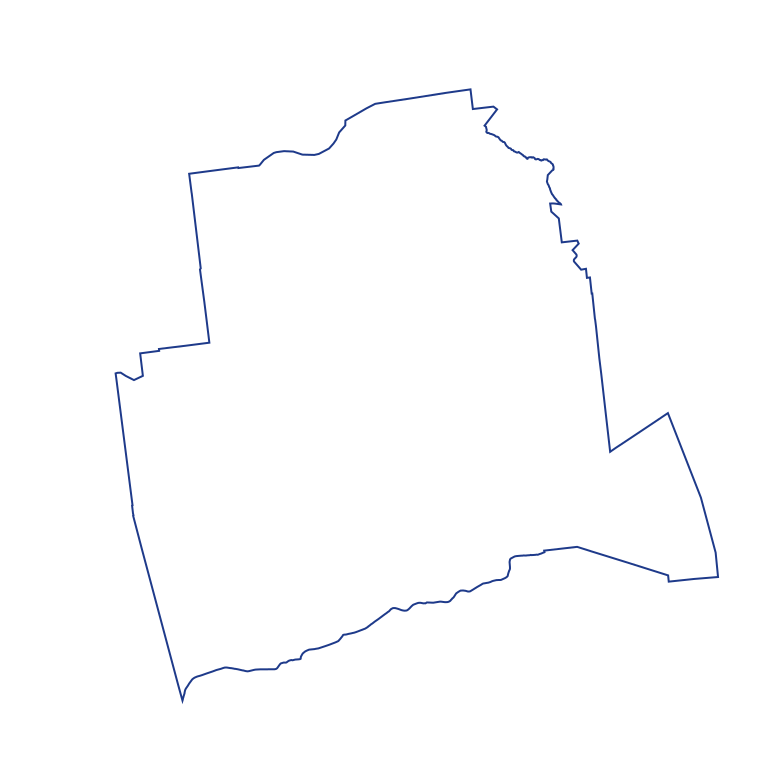 outline of Maroondah, Victoria, Australia, rotated 345°
{"feature_id": "25037944B31367314847764", "entity_name": "Maroondah", "entity_type": "district", "adm_level": 2, "iso_a3": "AUS", "parent_name": "Australia", "parent_adm1": "Victoria", "projection": "albers", "projection_center": [145.272, -37.803], "detail": "fine", "context": "isolated", "style": "outline", "palette": "blue", "viewbox_px": 768, "rotation_deg": 345, "n_neighbors": 0, "source": "geoboundaries", "source_scale": "gbopen_adm2", "svg_char_len": 6094}
<svg xmlns="http://www.w3.org/2000/svg" viewBox="0 0 768 768"><g transform="rotate(345 384 384)"><path d="M656.7,656.9L660.7,632.7L660.7,575.8L650.7,485.6L618.4,496.6L591.3,505.7L584.9,508.0L589.8,475.0L596.5,430.2L598.6,415.2L603.7,383.1L604.6,376.5L604.6,375.6L608.6,350.5L608.0,350.4L610.5,334.4L607.5,334.0L608.9,325.0L604.0,324.6L599.5,315.4L599.3,315.0L599.2,314.5L599.3,314.0L599.4,313.6L599.7,313.0L600.3,312.5L602.3,311.3L602.7,311.0L603.0,310.6L603.2,310.2L603.4,309.5L603.4,309.0L603.2,308.4L600.8,303.5L608.4,298.8L607.8,295.5L592.4,293.2L595.7,269.3L590.2,260.8L591.2,252.7L593.9,253.3L595.9,254.0L601.5,256.4L601.5,256.2L600.6,254.8L600.5,254.5L599.9,254.1L599.1,252.5L598.8,252.2L598.7,251.7L598.1,250.8L598.0,250.5L598.1,250.2L597.5,249.3L597.4,248.9L597.1,248.6L597.0,248.0L596.6,247.2L596.5,246.8L596.0,245.2L595.4,244.0L595.4,243.5L595.2,242.9L595.2,242.2L595.0,241.6L595.0,240.7L594.8,239.2L594.9,238.6L594.9,237.8L594.6,236.8L594.4,234.5L594.0,233.6L593.8,231.3L593.8,230.5L594.6,228.9L596.3,224.6L601.8,221.2L602.9,221.0L603.1,220.8L603.3,220.6L603.4,220.2L603.3,219.8L603.6,219.5L603.8,218.9L604.0,217.8L604.0,217.2L603.8,216.7L603.9,216.2L603.9,215.7L603.6,215.0L603.1,214.5L602.7,213.9L602.5,213.5L602.5,213.1L602.2,212.6L601.9,212.2L600.8,211.4L599.9,210.3L599.8,210.0L599.6,209.5L599.4,209.2L598.8,209.2L598.5,209.1L597.9,208.9L597.6,208.7L596.7,208.4L596.0,208.7L595.9,208.5L595.5,208.7L594.8,208.7L594.3,208.9L593.8,208.9L593.6,208.8L593.5,208.4L593.3,208.2L592.7,208.1L592.4,207.9L591.8,207.0L591.3,206.6L590.4,206.3L589.9,206.4L589.1,206.4L588.4,206.1L588.2,205.9L588.1,205.3L588.0,204.9L587.7,204.5L587.4,204.2L587.1,203.9L586.8,203.6L586.3,203.5L585.6,203.7L585.4,203.5L585.2,203.2L584.7,202.9L584.1,202.9L583.5,202.7L582.9,202.6L581.9,202.7L581.4,203.0L581.0,203.6L580.7,203.6L580.3,203.2L580.1,202.9L580.0,202.6L580.1,202.3L579.9,201.9L579.6,201.7L579.3,201.4L578.8,200.5L578.2,200.3L577.7,199.6L577.5,198.9L576.9,198.3L576.2,197.3L575.3,196.3L574.8,195.7L574.2,194.8L573.9,194.8L573.5,195.0L573.0,195.0L572.4,194.9L571.7,194.4L570.4,193.2L569.7,192.8L569.4,191.7L568.2,191.1L567.8,190.7L567.7,190.5L567.6,189.9L567.4,189.5L567.1,189.2L565.8,188.4L565.4,188.2L565.0,187.2L564.0,185.6L563.6,184.5L563.2,182.3L562.9,181.7L562.5,181.3L561.7,181.0L561.4,180.8L560.6,179.4L559.8,178.9L559.7,178.7L559.1,177.3L558.4,175.3L558.1,175.0L557.5,174.5L556.4,174.0L555.9,173.6L555.3,172.6L554.6,171.9L552.5,170.4L551.3,169.8L550.8,169.4L550.3,168.8L549.9,168.5L549.3,168.4L548.9,168.3L548.5,167.9L548.2,167.3L548.1,166.9L548.2,166.6L548.5,166.3L548.9,165.4L549.0,164.8L549.0,163.2L549.1,162.0L548.0,160.5L564.3,148.0L561.5,144.4L541.0,141.4L543.8,121.8L529.8,120.1L519.0,118.8L482.2,114.9L458.3,112.2L448.0,111.1L438.4,113.2L414.9,119.5L413.5,124.3L405.8,129.4L401.2,135.5L397.4,138.7L391.9,142.3L380.6,144.9L376.0,144.7L364.5,141.3L356.5,136.0L347.7,133.2L340.0,132.2L337.3,132.3L326.0,136.4L320.9,140.1L319.8,140.7L299.2,137.7L299.2,137.0L268.5,132.9L250.2,130.5L247.7,149.1L247.6,150.3L236.9,224.9L235.9,225.7L231.7,258.2L229.1,276.9L226.0,298.9L202.3,295.7L175.7,291.9L175.4,293.8L156.4,291.3L153.2,313.7L143.5,315.5L136.8,309.5L132.6,304.9L129.4,304.2L127.5,304.3L126.8,309.8L109.7,436.1L109.2,436.2L108.2,443.2L108.1,443.6L108.0,446.1L107.6,446.3L107.4,479.4L107.3,609.1L107.3,622.1L107.4,637.7L107.9,636.9L108.5,635.6L109.0,634.9L109.6,633.8L110.8,631.9L111.4,630.9L111.4,630.7L112.2,629.1L112.7,628.2L113.7,627.0L116.3,624.8L118.3,622.9L122.3,619.7L123.4,619.2L124.5,618.8L125.2,618.6L127.2,618.3L128.3,618.2L130.6,618.2L132.8,618.1L137.6,617.7L144.1,617.3L148.1,616.9L152.7,616.9L155.3,616.7L157.0,616.7L158.8,617.2L162.4,618.8L162.6,618.8L165.2,620.0L165.8,620.4L166.3,620.5L169.1,621.8L173.2,624.0L173.8,624.2L176.1,625.5L177.7,626.2L179.1,626.4L184.5,626.5L185.9,626.6L190.2,627.5L197.9,629.5L204.5,631.2L205.6,631.3L206.4,631.2L207.3,630.8L210.2,628.4L211.4,627.5L212.0,627.2L214.8,627.1L215.4,627.2L217.0,627.7L217.8,627.7L219.2,627.1L220.5,626.7L222.0,626.6L223.2,626.7L224.2,627.2L225.4,627.2L226.9,627.2L230.5,627.9L231.7,628.0L232.4,627.8L232.5,627.5L233.0,626.2L233.3,625.8L234.0,625.0L235.7,623.3L236.9,622.7L238.7,621.9L240.7,621.5L242.9,621.2L248.4,622.1L249.3,622.1L252.2,622.4L257.5,622.1L259.3,622.0L260.7,621.9L263.6,621.7L270.3,621.0L273.3,620.5L275.9,618.8L277.2,617.8L278.5,616.9L279.3,616.0L279.9,615.8L280.6,615.8L282.1,616.1L283.1,616.2L285.3,616.2L286.3,616.3L288.3,616.4L289.1,616.4L290.9,616.5L292.7,616.4L302.6,615.4L305.5,614.5L305.7,614.3L305.9,614.2L308.0,613.4L309.2,612.8L310.8,612.3L313.6,611.1L317.8,609.6L322.5,607.7L323.0,607.5L325.8,606.4L327.0,606.0L328.8,605.2L329.9,604.9L332.4,603.3L334.0,602.9L334.6,602.8L335.2,602.9L336.7,603.3L338.0,604.0L339.8,605.1L342.3,606.9L343.6,607.6L344.7,608.1L346.2,608.5L346.8,608.6L347.6,608.6L348.6,608.3L350.3,607.5L353.2,605.7L355.1,604.8L358.7,604.4L360.4,604.3L361.6,604.5L362.6,604.8L363.3,605.1L365.3,606.1L366.8,606.4L367.3,606.6L368.9,606.1L374.9,608.0L381.8,608.7L383.0,609.1L385.9,610.3L387.1,610.7L388.3,611.0L389.4,611.1L390.5,611.0L391.6,610.7L392.2,610.4L393.1,609.7L393.6,609.5L394.5,608.8L395.7,608.3L396.6,607.6L399.0,605.4L399.6,604.9L401.3,604.3L402.1,604.0L403.9,603.5L404.5,603.4L405.0,603.5L406.9,603.9L409.3,604.9L411.4,606.2L413.2,606.6L414.1,606.4L415.5,606.0L421.4,604.2L425.6,603.1L427.5,602.5L428.2,602.4L430.1,602.6L431.6,602.7L433.3,602.9L435.5,602.8L437.1,602.5L438.4,602.4L441.2,602.5L442.3,602.6L445.6,603.4L446.4,603.5L450.8,602.8L452.4,602.3L453.3,601.8L453.7,601.5L453.9,601.3L454.3,600.4L455.1,599.0L456.4,597.0L457.5,595.7L457.9,594.9L458.3,593.4L459.2,588.5L459.6,587.6L460.3,586.2L460.8,585.7L461.3,585.4L465.1,584.5L465.9,584.4L467.3,584.5L471.4,585.2L473.7,585.7L474.2,585.7L477.0,586.5L477.5,586.5L480.5,587.1L481.6,587.1L482.0,587.4L484.4,587.9L486.0,588.2L487.1,588.3L488.3,588.7L489.0,588.7L490.4,588.5L491.7,588.5L492.1,588.4L493.2,588.3L494.2,588.1L494.9,588.1L495.5,588.0L495.6,586.4L528.4,591.3L540.2,598.8L540.3,598.9L569.8,617.5L608.9,642.4L607.9,648.6L633.2,652.6L656.7,656.9Z" fill="none" stroke="#1e3a8a" stroke-width="2"/></g></svg>